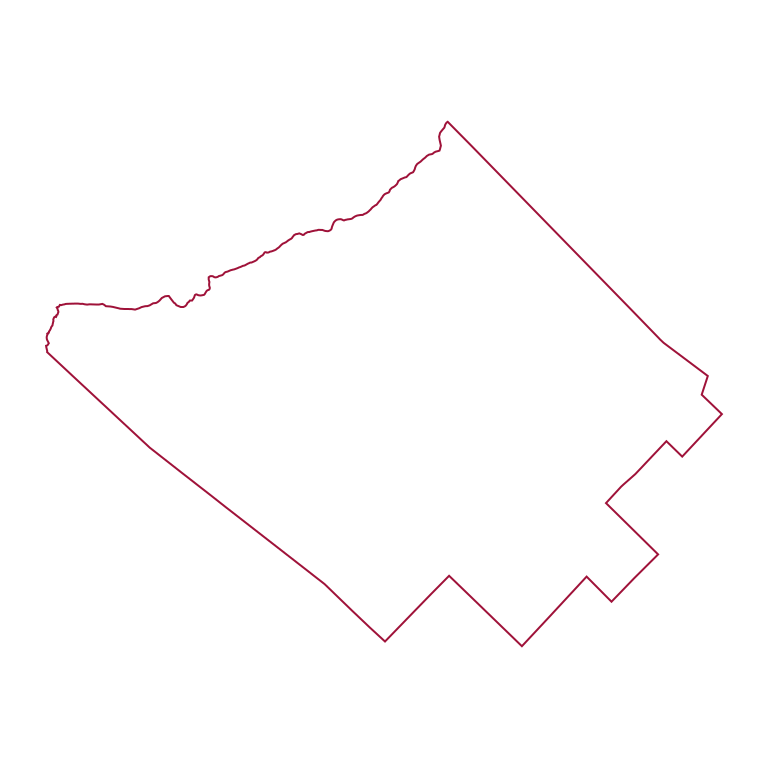 the district of Merlo, Buenos Aires, Argentina
{"feature_id": "61730980B89820972090318", "entity_name": "Merlo", "entity_type": "district", "adm_level": 2, "iso_a3": "ARG", "parent_name": "Argentina", "parent_adm1": "Buenos Aires", "projection": "natural_earth1", "projection_center": [-58.788, -34.707], "detail": "fine", "context": "isolated", "style": "outline", "palette": "rose", "viewbox_px": 768, "rotation_deg": 0, "n_neighbors": 0, "source": "geoboundaries", "source_scale": "gbopen_adm2", "svg_char_len": 5542}
<svg xmlns="http://www.w3.org/2000/svg" viewBox="0 0 768 768"><path d="M707.8,376.0L663.6,342.8L660.0,339.4L658.8,338.1L629.8,308.2L471.6,146.0L447.7,121.8L446.7,122.5L445.9,123.5L445.0,125.2L444.7,126.6L444.3,127.7L442.7,129.5L441.9,130.5L440.9,131.7L440.0,133.0L439.6,134.8L439.4,135.6L439.1,136.6L439.6,139.9L439.9,141.2L440.6,144.3L440.9,145.7L440.4,147.5L440.0,149.1L439.5,150.6L438.7,150.9L435.6,151.7L434.1,152.5L432.6,153.8L431.9,154.1L429.1,154.6L426.8,156.0L425.2,157.6L422.9,159.4L420.6,161.6L417.7,163.6L417.0,164.2L416.6,164.8L415.9,165.8L415.2,167.5L414.7,169.3L414.0,170.7L413.1,172.2L412.0,172.7L410.7,173.2L410.1,173.5L409.1,174.3L407.7,175.7L407.3,176.2L406.4,177.1L404.7,177.5L402.6,178.4L400.6,179.2L399.0,180.6L398.3,181.0L397.8,182.4L396.9,184.2L395.0,186.0L393.4,187.1L392.4,187.5L391.7,188.0L391.1,188.6L390.4,189.3L389.9,189.9L389.7,190.8L389.3,191.6L388.8,192.4L387.4,193.0L386.7,193.2L385.4,193.8L384.7,194.2L384.1,194.7L383.2,195.7L382.7,196.4L382.3,197.2L381.8,197.8L381.3,198.5L380.9,199.3L380.4,200.1L379.9,200.6L379.2,201.4L378.5,202.2L377.7,203.3L377.0,204.2L376.4,204.9L375.5,205.2L374.8,205.7L373.7,206.5L373.1,206.9L372.5,207.3L371.8,208.1L371.3,208.6L370.8,209.3L370.2,209.9L369.5,210.5L368.9,211.2L368.3,211.7L367.6,212.2L366.7,212.9L365.8,213.4L365.2,213.6L364.3,213.9L363.6,214.4L362.9,214.8L362.0,215.0L361.3,214.9L360.5,215.0L359.8,215.1L358.6,215.3L357.9,215.4L356.7,215.7L355.8,216.1L354.9,216.5L354.3,216.9L353.8,217.2L353.2,217.6L352.5,218.3L351.9,218.6L350.8,219.0L349.9,219.1L349.1,219.2L348.4,219.3L347.5,219.4L346.4,219.7L345.7,219.8L345.0,220.0L344.1,220.4L343.4,220.3L342.8,220.0L342.2,219.7L340.9,219.2L340.0,219.2L338.9,219.3L338.1,219.4L337.4,219.6L336.8,219.8L335.9,220.3L335.1,221.0L334.2,221.9L333.7,222.7L332.9,224.6L332.4,225.8L332.1,226.6L331.8,227.6L331.6,228.7L330.9,229.7L330.1,230.3L329.3,230.7L328.5,231.1L327.4,231.2L326.7,231.1L325.6,231.0L324.7,230.8L323.9,230.5L323.3,230.3L322.6,230.0L321.9,229.9L321.0,230.0L320.4,229.9L319.5,229.9L318.8,229.8L317.8,230.0L317.0,230.3L316.4,230.4L315.4,230.5L314.0,230.8L312.1,231.2L310.1,231.7L309.5,232.0L308.8,232.0L307.8,232.1L306.9,232.5L305.9,233.1L304.8,233.7L304.4,234.1L303.8,234.8L302.9,235.0L302.0,234.6L301.1,234.1L300.3,233.8L299.4,233.4L298.5,233.6L297.7,233.9L296.3,234.1L295.5,234.3L294.8,234.8L294.0,235.2L293.3,236.2L292.6,237.0L292.0,238.0L291.2,238.7L290.4,239.2L289.7,239.5L288.8,240.1L288.1,240.5L287.6,241.0L287.0,241.4L285.7,242.4L284.9,242.7L284.1,243.1L282.9,243.6L282.1,244.2L281.3,244.9L280.1,246.1L279.6,246.7L278.6,247.6L278.0,248.0L277.4,248.4L276.9,248.8L276.1,249.5L275.5,249.8L274.6,250.3L273.8,250.5L273.2,250.8L272.3,251.1L271.5,251.4L270.9,251.5L269.9,251.7L269.1,252.2L268.3,252.5L267.6,252.6L266.7,252.6L266.0,252.2L265.1,252.2L264.5,252.6L263.9,253.6L263.2,254.6L262.5,255.3L261.8,255.7L261.2,256.0L260.5,256.5L260.0,257.1L259.2,257.5L258.6,257.8L257.9,258.4L257.5,259.1L256.5,260.1L255.0,261.0L253.9,261.5L253.2,261.8L252.3,262.2L251.6,262.5L250.9,262.5L249.9,262.7L249.0,263.2L248.0,263.6L245.7,264.9L245.0,265.3L243.8,265.7L243.0,265.8L241.1,266.7L240.1,267.1L239.1,267.4L238.5,267.7L237.4,268.2L236.6,268.5L234.7,269.2L234.1,269.4L232.6,269.7L232.0,269.9L230.8,270.2L230.0,270.5L229.1,270.9L227.8,271.5L227.1,271.7L225.5,272.1L224.9,272.5L224.1,273.3L223.3,274.3L222.3,275.1L220.3,275.7L219.0,276.0L217.8,276.8L217.0,277.1L215.8,277.4L214.3,277.2L213.5,276.6L212.6,276.2L210.8,276.1L209.9,276.4L208.7,277.3L208.7,279.5L208.9,280.3L209.4,282.0L209.1,284.1L209.2,285.8L209.5,286.7L209.8,287.7L209.7,288.7L209.4,289.3L208.9,289.8L207.4,290.3L206.5,291.1L205.4,292.9L204.6,294.3L203.9,294.9L203.2,295.0L202.4,295.2L201.3,295.4L200.2,295.5L198.3,295.2L196.6,294.4L195.8,294.5L194.9,295.1L194.5,296.2L194.1,297.5L193.7,298.2L193.1,299.1L192.1,300.5L190.7,300.5L189.9,300.5L188.9,301.8L187.4,303.0L186.9,304.1L186.0,305.4L185.1,306.2L183.4,307.0L180.7,307.0L176.4,305.2L175.2,303.5L173.9,302.7L171.1,299.1L168.8,296.0L167.8,296.0L165.0,296.3L161.8,298.0L160.3,299.7L159.4,300.7L157.5,302.2L155.9,303.0L153.1,303.3L149.6,305.4L147.4,306.1L145.2,306.2L141.5,307.1L139.3,308.2L135.1,309.6L131.8,309.1L127.4,309.0L124.4,309.0L120.0,308.7L119.1,308.4L112.8,306.9L110.3,306.5L108.8,306.4L105.9,306.2L104.2,304.8L102.4,303.9L99.1,304.5L95.5,304.5L89.7,304.3L87.1,304.6L84.7,304.3L82.5,303.8L80.7,303.9L78.0,303.6L75.4,303.6L71.5,303.7L68.0,303.8L66.3,303.9L65.4,304.0L64.7,304.3L63.6,304.5L62.9,304.6L62.2,304.8L61.4,305.1L59.9,304.9L59.3,306.0L58.7,306.8L58.0,306.9L57.3,307.0L56.7,307.5L57.1,308.1L57.6,309.0L57.7,309.9L58.2,310.9L58.4,312.0L58.1,312.7L57.8,313.6L57.5,314.6L56.7,315.0L56.2,315.5L56.4,316.2L56.0,317.0L55.4,316.8L54.8,316.8L54.1,317.4L53.7,318.4L53.3,319.3L53.4,320.5L53.4,321.3L53.1,322.0L53.0,322.9L52.7,323.9L52.6,324.7L52.4,325.6L51.8,326.2L51.3,327.0L51.0,327.7L50.8,328.6L50.3,329.4L49.9,330.3L49.3,331.1L48.9,331.7L48.9,332.5L48.5,333.1L47.7,333.2L47.2,333.8L47.6,334.4L47.2,335.1L46.9,336.1L46.7,337.0L46.7,337.9L46.9,339.3L47.2,340.1L48.8,343.2L48.4,343.8L47.9,344.7L47.3,345.3L46.7,345.7L46.1,345.8L46.2,346.6L46.4,347.8L46.7,348.7L46.8,349.5L47.1,350.3L47.2,351.2L47.1,352.1L72.6,375.9L149.8,447.7L181.3,472.4L210.2,494.9L226.2,507.5L297.8,563.2L324.6,584.1L352.0,610.6L370.0,627.7L385.0,641.5L414.2,611.4L431.4,593.7L449.1,575.8L472.1,598.0L521.9,646.2L547.4,618.9L586.6,576.6L611.5,601.7L633.9,578.5L658.1,554.4L606.0,503.1L621.1,486.7L623.6,484.4L635.4,474.0L666.4,441.2L682.2,456.6L721.9,414.1L701.7,394.7L707.8,376.0Z" fill="none" stroke="#9f1239" stroke-width="2"/></svg>